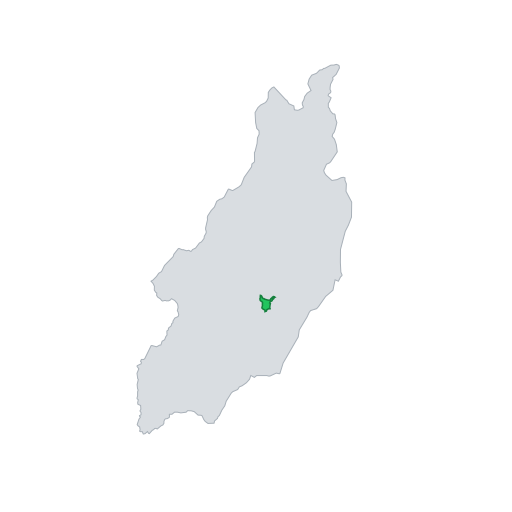 Bogd, Bayanhongor, Mongolia (highlighted), rotated 293°
{"feature_id": "93677404B1716064245788", "entity_name": "Bogd", "entity_type": "district", "adm_level": 2, "iso_a3": "MNG", "parent_name": "Mongolia", "parent_adm1": "Bayanhongor", "projection": "natural_earth1", "projection_center": [100.876, 45.209], "detail": "fine", "context": "in_parent", "style": "filled", "palette": "green", "viewbox_px": 512, "rotation_deg": 293, "n_neighbors": 0, "source": "geoboundaries", "source_scale": "gbopen_adm2", "svg_char_len": 5239}
<svg xmlns="http://www.w3.org/2000/svg" viewBox="0 0 512 512"><g transform="rotate(293 256 256)"><path d="M49.3,217.3L50.8,217.2L53.2,215.7L53.6,213.7L54.4,212.5L60.1,212.0L62.6,212.6L63.1,211.3L63.5,211.1L64.9,212.2L66.2,211.7L67.1,211.2L68.0,209.7L69.9,209.9L73.3,208.2L73.4,205.2L74.7,204.4L77.7,203.8L78.1,202.4L78.7,202.0L80.9,201.7L84.7,200.1L86.5,199.9L87.9,198.6L91.3,196.8L96.4,195.9L96.8,195.1L101.5,192.3L106.4,192.2L107.8,189.7L108.6,189.5L111.9,192.4L113.4,192.0L113.9,190.9L116.0,190.9L116.8,192.9L117.9,193.7L132.5,194.5L132.9,195.2L133.6,200.0L136.3,202.1L136.9,203.2L140.9,202.9L143.2,204.6L146.7,204.5L148.4,205.0L151.8,203.4L152.6,203.4L153.7,204.2L155.4,203.6L158.5,205.2L161.0,204.9L162.1,205.6L163.6,205.0L167.1,205.5L169.9,208.0L171.8,207.8L174.1,206.1L174.8,205.0L178.2,204.4L180.1,203.3L181.4,202.3L183.3,198.6L183.7,194.9L182.0,194.3L180.6,193.1L179.7,191.1L179.6,189.7L178.0,187.5L178.2,186.5L179.2,184.6L179.7,181.7L180.8,180.0L183.2,179.1L183.4,177.9L184.9,175.7L188.5,174.3L190.6,171.8L191.8,169.2L193.5,170.5L198.2,172.4L202.1,173.2L204.7,175.1L211.6,175.5L223.1,180.0L225.5,179.7L232.4,181.6L232.9,182.2L232.9,185.6L233.4,186.5L233.7,190.1L235.0,191.9L234.7,194.0L235.3,194.7L237.0,195.0L239.7,197.3L245.8,198.8L247.7,200.3L251.9,201.3L254.0,200.7L257.5,201.1L258.8,200.8L261.0,199.1L262.4,198.6L270.4,197.2L272.6,196.1L274.1,195.9L280.4,197.0L284.8,198.6L291.0,198.5L294.0,200.4L295.3,202.2L297.8,203.7L306.6,204.4L307.0,204.8L307.0,208.6L307.4,209.2L313.1,213.4L315.8,214.6L323.8,214.4L336.3,217.1L339.1,216.3L341.8,217.7L342.8,217.6L350.7,214.1L351.9,214.3L360.1,213.0L365.4,211.2L369.4,211.3L372.5,209.8L373.7,206.9L378.7,203.5L387.7,199.1L393.4,199.8L396.8,201.3L400.5,204.4L402.5,205.3L406.2,205.5L411.4,203.4L414.2,203.9L416.8,204.9L418.6,206.4L411.4,222.5L411.4,223.5L409.0,226.8L408.9,232.2L405.6,234.2L406.3,237.2L407.1,238.4L410.9,241.5L412.1,241.1L413.1,239.8L415.0,238.7L418.7,239.0L421.9,238.5L425.9,239.5L429.8,242.0L434.7,236.5L439.6,235.8L444.2,236.6L447.8,240.3L452.1,242.0L453.3,244.1L455.1,245.0L455.6,246.0L460.9,250.3L462.2,253.1L463.8,255.1L463.9,257.2L463.6,258.2L461.6,259.3L454.5,258.8L450.2,256.8L448.7,257.9L443.3,257.5L440.3,258.3L438.2,259.1L437.1,260.4L436.2,260.8L435.2,260.7L433.5,259.6L432.1,259.6L431.7,259.9L431.0,263.3L426.4,263.3L424.8,262.9L421.1,264.5L420.6,265.9L418.6,267.7L416.9,271.2L417.4,272.7L416.9,273.6L413.6,275.5L410.4,278.3L403.7,279.4L400.5,279.6L398.1,279.0L395.8,279.4L394.2,282.6L389.9,286.4L383.6,290.1L372.0,287.9L370.5,287.3L368.0,285.0L361.2,284.9L359.4,286.4L357.8,288.8L355.2,296.4L358.0,300.8L361.3,303.7L362.6,305.7L362.7,307.4L360.6,308.2L357.7,311.0L350.7,313.6L343.0,323.0L329.1,328.7L320.5,329.0L313.6,328.5L295.1,331.2L283.2,336.1L274.3,340.4L272.4,342.4L271.5,342.8L269.8,342.0L265.0,341.7L265.0,338.1L254.5,340.2L246.0,335.9L233.8,333.3L231.3,332.4L227.1,327.6L225.0,327.0L219.6,326.8L204.9,324.7L198.0,326.5L168.1,322.8L157.2,323.9L156.7,323.5L156.1,320.4L151.0,315.8L150.4,314.6L150.2,312.8L146.2,303.3L143.6,301.9L144.0,297.9L140.0,298.2L135.6,296.7L131.1,293.9L129.0,291.8L125.9,291.3L122.0,287.6L120.2,286.8L110.7,285.3L105.9,285.8L100.8,284.8L94.9,284.6L93.1,283.8L91.4,284.0L88.0,282.3L85.7,282.7L83.1,277.2L83.9,273.8L85.1,271.8L87.9,268.7L87.9,267.6L86.9,264.8L88.6,260.0L88.2,256.9L86.9,253.5L84.9,252.7L82.2,248.1L81.5,244.5L80.4,242.0L77.5,240.5L76.6,238.3L75.8,238.2L75.1,238.9L73.4,239.2L71.6,237.8L70.7,236.3L69.7,235.8L67.7,235.9L66.0,236.6L64.1,236.3L62.5,234.9L58.2,232.7L58.2,231.1L57.6,230.0L56.3,229.7L55.0,228.6L50.8,227.2L50.8,226.4L52.0,224.7L49.1,223.3L48.1,221.8L49.9,219.9L49.2,218.6L49.3,217.3Z" fill="#d9dde1" stroke="#a8b0b8" stroke-width="1"/><path d="M221.3,276.9L221.6,276.0L221.5,275.4L220.8,275.6L219.5,276.1L219.4,276.2L219.1,276.4L218.4,276.3L218.1,276.3L217.4,276.8L217.0,277.2L216.7,277.3L216.5,278.0L216.2,279.5L215.5,280.3L215.4,280.4L215.2,280.3L213.4,281.0L213.1,281.3L212.3,281.4L210.5,281.7L209.8,283.4L209.8,284.0L209.8,285.0L209.7,285.1L209.6,285.3L209.5,285.5L209.2,285.6L208.7,285.8L208.3,286.0L209.1,286.8L209.3,287.1L209.8,287.1L210.0,287.1L210.3,287.0L210.4,286.9L210.5,286.9L210.5,287.0L210.8,287.0L211.0,287.1L211.2,287.3L211.3,287.3L211.4,287.5L211.5,287.6L211.7,287.8L211.8,287.8L212.0,287.9L212.2,288.0L212.3,288.1L212.5,288.2L212.5,288.3L212.6,288.5L212.6,288.8L212.7,289.0L212.8,289.3L212.8,289.5L213.0,289.5L213.0,289.4L213.1,289.2L213.3,289.1L213.5,289.0L214.3,288.7L215.0,288.5L215.5,288.3L215.9,288.2L216.4,288.1L217.2,287.9L217.3,287.9L217.5,287.9L217.8,287.8L217.9,287.7L218.0,287.7L218.0,287.4L218.1,287.2L218.1,286.9L219.1,286.9L220.1,286.9L220.3,287.7L220.7,288.0L221.0,288.2L221.3,288.2L221.7,288.3L222.6,288.2L223.2,288.1L223.3,288.9L224.7,289.1L225.3,289.2L225.5,289.5L225.7,288.9L225.6,288.3L225.6,288.2L225.5,287.9L225.4,287.9L225.2,287.8L224.9,287.8L224.7,287.9L224.4,287.8L224.4,287.7L224.2,287.6L224.0,287.4L223.9,287.4L223.7,287.3L223.8,287.2L223.7,287.2L223.6,286.9L223.4,286.7L222.7,286.6L222.4,286.3L221.3,286.3L221.0,286.2L220.3,285.1L220.0,283.8L219.7,281.0L219.5,280.6L219.8,280.3L219.9,280.1L219.9,279.8L219.8,279.5L219.7,278.8L219.8,278.4L220.2,278.1L220.6,277.8L220.6,277.3L221.3,276.9Z" fill="#22c55e" stroke="#15803d" stroke-width="1.5"/></g></svg>